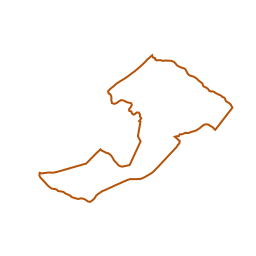 outline of Rio Tinto, Paraíba, Brazil, rotated 240°
{"feature_id": "56859067B7605196219399", "entity_name": "Rio Tinto", "entity_type": "district", "adm_level": 2, "iso_a3": "BRA", "parent_name": "Brazil", "parent_adm1": "Paraíba", "projection": "equal_earth", "projection_center": [-35.029, -6.767], "detail": "fine", "context": "isolated", "style": "outline", "palette": "amber", "viewbox_px": 256, "rotation_deg": 240, "n_neighbors": 0, "source": "geoboundaries", "source_scale": "gbopen_adm2", "svg_char_len": 2713}
<svg xmlns="http://www.w3.org/2000/svg" viewBox="0 0 256 256"><g transform="rotate(240 128 128)"><path d="M133.3,29.1L131.3,27.6L129.4,27.3L127.6,27.6L125.7,28.1L123.9,28.5L121.6,29.1L119.9,29.4L118.3,29.8L116.9,30.2L115.5,30.8L114.2,31.3L112.6,32.8L111.6,34.3L110.1,35.6L108.7,35.8L107.6,36.8L106.6,38.3L104.9,40.1L102.6,41.1L101.1,42.2L99.6,43.2L98.0,44.4L96.6,44.5L95.0,45.9L93.3,47.4L91.3,49.6L90.9,51.4L89.7,53.3L88.3,54.6L87.0,55.4L85.7,56.0L84.1,56.8L82.9,58.5L83.3,61.9L84.0,64.2L85.4,66.7L85.8,68.9L85.9,71.0L86.2,73.6L85.7,77.2L85.4,80.9L85.0,84.7L84.9,86.9L84.6,89.1L84.4,91.5L84.1,93.6L83.9,96.0L83.6,98.8L83.2,101.7L82.8,104.0L77.8,112.8L77.3,115.2L77.1,118.0L77.1,120.8L77.1,124.8L77.3,127.4L78.9,133.2L87.3,160.8L88.3,162.4L88.9,164.6L90.7,166.3L97.0,164.2L96.6,165.8L95.6,168.0L96.7,169.6L95.7,171.2L95.3,173.1L95.2,175.2L94.2,176.5L93.2,178.5L93.1,180.4L92.6,182.3L92.1,183.9L91.8,186.2L91.9,189.0L92.1,190.9L92.5,192.7L92.8,195.1L92.3,197.3L90.4,199.7L88.7,200.1L87.3,201.2L85.7,202.0L84.4,202.0L82.8,202.7L93.4,228.6L95.3,228.6L96.9,228.7L99.2,228.0L101.7,226.4L103.4,226.3L104.9,226.7L106.4,226.4L107.6,225.3L109.2,224.9L110.5,224.2L111.9,223.0L113.2,222.3L114.3,221.5L115.8,220.8L117.1,220.0L118.1,218.2L119.3,217.0L120.9,216.9L122.2,216.8L123.5,216.0L125.0,215.2L126.4,214.1L127.9,214.4L129.5,214.7L131.5,213.8L133.6,213.0L136.5,212.1L138.1,211.4L139.7,210.5L141.1,209.2L142.2,208.0L143.8,207.1L145.9,206.9L148.2,207.0L149.8,207.1L151.2,206.7L152.7,205.2L154.5,203.8L156.2,202.6L157.4,201.9L158.8,201.6L160.6,201.3L162.2,200.9L163.8,199.7L165.3,198.1L166.3,196.1L167.5,194.7L168.6,191.9L170.1,190.5L171.3,188.7L172.1,186.8L173.6,185.8L174.9,186.5L176.2,185.1L177.5,185.0L178.9,185.3L178.5,183.3L177.9,180.7L177.7,179.0L177.0,177.2L176.3,174.5L175.8,172.6L174.5,166.4L174.2,164.4L173.7,161.8L173.6,159.8L173.2,157.0L172.8,153.6L172.5,150.6L172.4,147.0L172.4,144.7L172.2,140.4L171.2,135.4L170.7,132.1L169.8,129.1L167.5,128.5L166.2,129.5L164.2,129.4L162.2,128.7L160.4,127.4L157.5,126.6L155.6,128.5L155.3,131.0L155.6,133.0L155.6,135.9L153.8,138.2L151.1,139.7L149.7,141.2L147.8,143.2L146.2,142.9L145.2,141.7L144.5,140.3L143.7,138.2L142.1,137.7L140.7,139.2L138.6,138.7L136.8,139.4L136.6,141.2L137.1,143.1L136.0,145.1L133.9,145.1L131.9,144.1L129.8,144.3L129.0,142.7L128.4,141.1L127.2,141.9L125.5,140.5L116.0,132.5L110.1,132.2L107.7,128.8L95.1,110.9L97.4,103.7L98.7,102.2L100.5,101.1L102.1,100.8L103.6,100.6L105.5,100.0L107.2,99.7L109.6,99.8L111.6,99.7L113.2,99.5L114.6,98.9L116.0,98.3L117.2,97.0L118.6,95.9L119.9,95.2L121.5,94.0L123.3,93.5L121.8,87.2L118.1,74.1L125.7,43.7L126.9,40.5L128.6,38.0L129.8,35.5L131.0,32.6L131.8,30.6L133.3,29.1Z" fill="none" stroke="#b45309" stroke-width="2"/></g></svg>